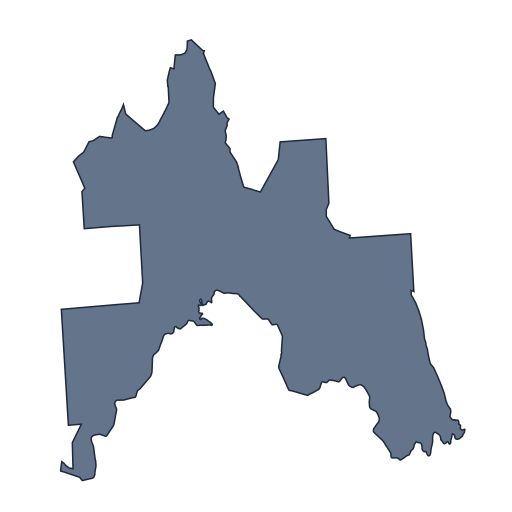 Goliševas pag., Karsavas, Latvia, rotated 88°
{"feature_id": "27541924B2681708815128", "entity_name": "Goliševas pag.", "entity_type": "district", "adm_level": 2, "iso_a3": "LVA", "parent_name": "Latvia", "parent_adm1": "Karsavas", "projection": "robinson", "projection_center": [27.928, 56.767], "detail": "fine", "context": "isolated", "style": "filled", "palette": "slate", "viewbox_px": 512, "rotation_deg": 88, "n_neighbors": 0, "source": "geoboundaries", "source_scale": "gbopen_adm2", "svg_char_len": 6027}
<svg xmlns="http://www.w3.org/2000/svg" viewBox="0 0 512 512"><g transform="rotate(88 256 256)"><path d="M297.0,99.4L296.5,99.5L239.1,100.7L241.3,162.0L238.7,161.2L234.5,171.6L232.0,177.0L231.8,176.9L231.7,177.1L218.8,184.4L211.9,184.1L205.8,181.3L141.1,182.1L142.8,227.9L160.5,230.4L192.2,249.4L190.1,255.9L189.2,257.9L187.9,262.3L186.6,265.9L175.7,268.7L166.6,270.8L166.5,270.6L161.2,272.2L151.1,278.4L147.9,278.2L141.8,282.8L139.4,282.1L135.1,281.5L130.2,282.4L129.4,282.3L124.3,280.2L121.9,280.3L121.1,279.9L118.3,278.1L116.9,280.0L110.0,283.6L112.3,287.1L113.1,288.0L105.8,293.4L96.2,293.0L82.3,290.6L69.2,294.8L67.7,295.7L51.6,301.5L49.1,300.5L48.8,302.1L37.7,313.1L38.8,317.1L47.1,317.7L50.8,320.0L52.4,324.3L52.2,329.4L52.5,329.7L66.1,331.5L64.8,335.0L68.7,336.3L77.2,338.5L83.5,338.2L83.5,337.8L99.7,337.6L108.0,341.9L108.6,342.5L110.0,342.9L110.0,343.0L117.3,347.3L117.7,347.3L121.6,349.9L124.8,353.4L126.3,357.5L126.7,359.4L126.9,362.4L109.6,381.2L100.0,383.2L103.1,384.5L108.9,387.6L111.9,389.0L112.1,389.4L112.7,389.8L113.3,389.9L130.5,395.5L132.7,395.5L133.0,396.6L131.8,404.0L131.5,404.9L131.4,406.2L131.0,407.8L131.1,408.3L135.1,414.7L136.0,418.9L143.8,423.2L146.4,424.8L149.5,429.3L155.5,435.2L182.3,424.7L185.7,427.7L222.7,426.7L221.4,399.1L221.2,387.0L220.8,371.4L279.0,370.2L298.7,374.5L299.7,397.4L302.5,452.4L418.6,449.4L418.0,436.4L436.1,446.1L462.2,446.3L461.4,449.9L460.6,451.1L458.5,453.7L456.6,455.0L454.7,457.3L462.8,458.7L464.2,458.7L465.1,455.6L470.8,440.5L471.1,439.9L474.0,437.8L474.3,437.2L474.3,436.8L473.1,431.3L472.5,427.7L471.8,426.3L471.5,425.9L469.0,424.7L466.4,424.5L460.1,423.2L455.0,423.4L453.8,423.8L440.4,425.1L436.3,426.6L433.3,427.2L432.0,426.9L430.7,426.2L429.8,425.0L429.3,423.5L428.7,418.6L428.8,418.0L430.9,412.6L430.9,412.2L430.6,411.6L421.2,404.8L419.5,403.9L405.0,400.7L403.4,400.8L400.7,401.9L398.5,402.4L397.7,402.3L396.2,401.3L395.6,400.6L395.2,399.6L395.4,393.4L393.5,385.1L393.0,381.7L392.8,381.5L391.4,380.7L387.9,379.7L386.5,379.0L384.5,376.4L372.9,365.8L371.2,364.9L369.4,364.3L368.1,364.0L354.5,363.0L352.4,362.4L351.1,361.6L349.1,359.0L346.9,356.7L341.3,354.6L338.9,353.4L333.0,351.3L331.3,350.2L330.6,348.8L330.2,346.5L330.3,345.6L331.0,343.7L330.4,342.3L329.4,341.2L328.8,340.9L324.9,340.1L324.2,339.7L323.8,339.2L323.7,338.8L323.8,338.3L324.8,337.6L326.1,335.3L326.2,334.3L326.0,333.8L321.7,328.1L320.6,327.3L318.7,326.4L318.1,325.8L318.0,325.5L318.9,320.8L319.8,319.8L323.0,317.8L323.4,317.1L323.4,315.8L323.2,314.2L323.4,312.3L323.4,307.4L323.2,305.0L323.3,303.7L323.8,303.0L323.4,302.1L322.7,302.1L320.8,303.7L319.9,305.3L318.6,306.6L316.9,309.3L316.4,310.8L316.4,312.1L316.5,312.4L317.5,313.4L317.6,313.8L317.0,314.4L316.1,314.6L315.4,313.9L313.1,312.5L312.4,311.5L312.0,311.4L311.5,311.6L311.3,311.9L311.1,314.4L310.0,315.2L309.5,315.3L308.3,314.8L307.1,314.9L305.9,314.7L304.9,315.0L304.2,315.5L303.0,315.1L303.6,313.0L303.2,312.2L302.7,311.9L299.8,313.6L299.0,313.9L298.0,313.8L297.2,312.9L297.8,312.3L298.6,311.9L301.8,311.5L302.5,311.6L302.7,311.2L303.6,310.8L303.0,309.5L302.8,308.4L302.6,307.8L301.4,307.0L300.0,306.3L299.6,305.6L299.5,304.9L300.4,302.9L301.1,302.2L300.8,301.8L297.4,302.0L296.1,301.7L295.2,301.3L293.1,299.5L292.3,299.2L290.9,299.1L290.1,298.7L289.2,297.6L288.7,296.3L288.8,295.7L290.8,291.6L292.0,289.5L292.2,288.6L291.8,286.1L291.9,284.7L292.7,280.2L293.0,276.3L293.5,275.0L294.9,273.8L295.7,273.5L296.1,272.8L310.7,259.9L318.7,252.4L319.1,251.9L319.3,251.3L319.3,247.0L319.7,245.8L324.8,242.7L325.3,242.2L325.3,241.0L324.9,238.2L325.0,237.7L325.4,237.1L335.6,232.9L337.4,232.4L352.1,233.9L353.4,233.6L354.5,233.9L354.8,234.3L357.5,234.6L366.8,237.1L368.1,237.2L369.8,236.7L377.0,233.6L390.4,228.2L391.4,227.6L392.1,224.5L397.1,209.4L396.9,208.6L396.1,207.7L394.9,204.6L392.0,198.9L391.2,197.7L390.0,196.8L387.8,196.1L385.3,195.1L384.5,194.6L384.2,194.2L384.0,193.4L384.6,191.9L385.0,190.2L384.8,189.6L382.6,187.1L382.4,186.3L383.7,180.7L384.6,178.0L384.6,177.5L384.3,176.9L380.7,174.0L380.4,173.4L380.3,172.7L380.4,171.7L381.4,170.9L387.3,168.4L388.6,167.6L389.4,166.7L390.4,165.0L390.7,164.1L390.7,163.3L389.5,161.0L388.2,156.9L388.2,156.1L388.5,155.4L390.1,153.1L390.6,152.6L394.5,150.2L399.7,147.6L401.3,147.3L405.6,147.9L406.9,147.9L410.2,147.8L411.5,147.5L412.8,146.5L415.3,141.8L415.9,141.1L418.8,139.6L422.4,138.5L424.1,138.5L426.3,139.3L428.3,141.1L432.9,144.5L434.3,144.8L435.7,144.7L436.9,143.8L444.7,136.0L446.5,134.7L448.4,133.6L449.9,133.0L450.4,132.5L450.9,132.1L458.0,128.0L460.7,128.1L462.2,127.7L462.6,126.4L462.6,122.8L462.8,121.8L463.3,120.9L464.8,119.3L464.9,118.6L464.1,117.1L460.8,112.1L460.1,110.0L459.4,109.5L456.3,107.9L455.5,107.3L454.4,105.9L453.8,105.5L452.3,104.9L450.2,104.5L447.6,102.7L447.3,102.1L448.1,100.8L448.6,98.0L449.0,97.6L451.3,96.7L454.7,96.8L455.9,96.3L456.5,95.9L457.4,94.8L457.4,94.3L457.2,93.7L457.4,93.1L461.0,91.5L461.7,90.7L461.7,89.9L461.1,89.1L459.6,88.5L454.3,87.6L448.7,86.1L446.8,85.9L443.0,85.8L441.3,85.5L439.9,85.0L438.9,84.2L438.5,83.4L438.4,83.0L438.6,82.4L441.2,79.0L442.2,78.4L443.7,77.9L444.7,77.7L446.1,77.8L446.8,77.0L449.8,75.1L450.0,74.8L450.2,73.9L449.9,73.2L449.7,72.8L448.5,71.8L448.3,71.3L448.3,70.9L448.8,70.4L450.2,69.7L450.7,69.0L450.4,68.5L449.6,68.0L447.3,67.8L443.5,66.6L441.4,66.4L440.6,65.9L440.7,65.3L441.7,64.1L444.7,63.4L445.7,62.8L446.1,62.0L446.1,61.1L445.9,59.7L445.7,59.2L443.1,55.8L441.4,55.3L439.8,54.0L436.7,53.3L436.4,53.7L436.7,54.1L437.2,55.4L436.9,56.4L436.1,57.5L435.4,57.8L432.5,57.5L432.1,57.7L431.9,58.3L431.4,58.5L431.4,58.8L431.2,59.3L430.6,59.4L429.6,59.1L428.8,59.1L427.4,59.7L427.0,60.5L427.0,61.8L427.4,62.3L426.7,62.7L426.6,63.2L426.7,63.8L427.0,64.3L426.4,65.0L426.6,65.6L425.6,66.2L424.9,66.8L424.1,67.2L423.4,67.9L418.4,66.7L415.8,67.0L411.7,69.7L407.4,71.2L400.1,72.6L392.9,74.9L381.9,79.0L373.8,82.4L369.6,85.6L360.7,87.3L355.1,88.0L351.0,89.2L348.0,89.4L345.5,90.4L335.6,91.2L325.6,92.8L317.0,95.0L308.5,98.0L303.2,100.6L300.6,102.2L295.8,102.2L297.0,99.4Z" fill="#64748b" stroke="#1e293b" stroke-width="1.5"/></g></svg>